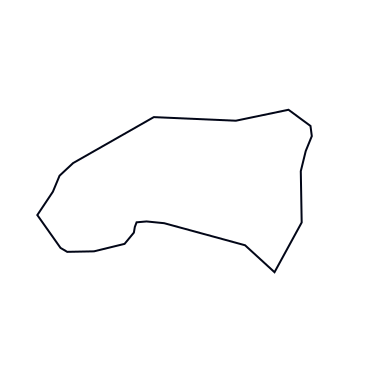 the Municipality of Luce, rotated 218°
{"feature_id": "SVN-210", "entity_name": "Luce", "entity_type": "Municipality", "adm_level": 1, "iso_a3": "SVN", "parent_name": "Slovenia", "parent_adm1": "", "projection": "natural_earth1", "projection_center": [14.735, 46.359], "detail": "fine", "context": "isolated", "style": "outline", "palette": "ink", "viewbox_px": 384, "rotation_deg": 218, "n_neighbors": 0, "source": "natural_earth", "source_scale": "10m", "svg_char_len": 447}
<svg xmlns="http://www.w3.org/2000/svg" viewBox="0 0 384 384"><g transform="rotate(218 192 192)"><path d="M299.7,78.6L301.8,106.6L306.4,123.3L303.5,141.6L268.2,227.5L201.3,275.2L166.6,316.2L139.3,317.0L132.0,309.8L127.6,294.3L119.1,275.4L86.8,235.5L77.6,179.6L117.4,182.7L194.7,150.3L209.7,140.8L217.0,134.0L215.5,129.2L212.8,124.2L213.2,109.6L232.7,84.9L253.5,68.0L261.2,67.0L299.7,78.6Z" fill="none" stroke="#020617" stroke-width="2"/></g></svg>